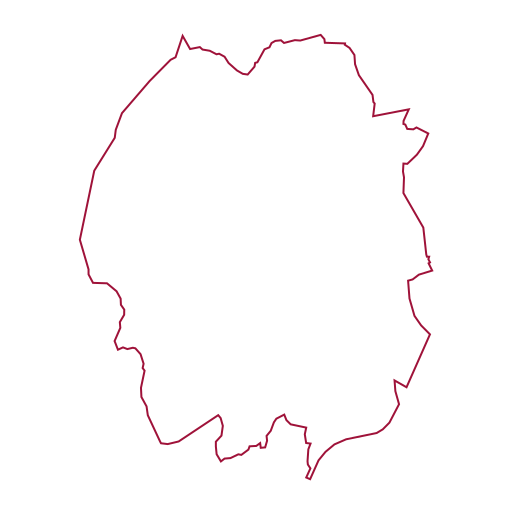 the district of Glencullen-Sandyford Lea-7, Dún Laoghaire–Rathdown, Ireland, rotated 91°
{"feature_id": "5873133B89010299854845", "entity_name": "Glencullen-Sandyford Lea-7", "entity_type": "district", "adm_level": 2, "iso_a3": "IRL", "parent_name": "Ireland", "parent_adm1": "Dún Laoghaire–Rathdown", "projection": "robinson", "projection_center": [-6.233, 53.242], "detail": "fine", "context": "isolated", "style": "outline", "palette": "rose", "viewbox_px": 512, "rotation_deg": 91, "n_neighbors": 0, "source": "geoboundaries", "source_scale": "gbopen_adm2", "svg_char_len": 1923}
<svg xmlns="http://www.w3.org/2000/svg" viewBox="0 0 512 512"><g transform="rotate(91 256 256)"><path d="M130.5,85.9L124.7,97.8L126.6,100.9L126.3,107.0L122.0,109.0L121.4,110.9L118.3,110.8L106.7,105.8L114.2,141.3L101.5,140.0L100.0,141.3L92.9,142.3L73.4,156.3L62.5,160.3L53.3,161.1L46.3,166.1L43.2,170.9L41.9,170.7L41.6,190.9L38.0,191.4L33.8,195.2L39.8,215.5L39.5,220.9L42.5,231.7L39.9,234.8L40.6,240.5L42.8,244.2L47.1,246.2L49.2,251.1L62.3,258.0L62.9,260.2L66.7,260.8L74.7,267.5L74.1,272.4L70.8,278.3L63.5,286.8L57.3,290.9L54.4,296.4L55.0,299.0L51.6,305.8L50.5,313.1L48.1,315.8L50.2,325.5L37.2,333.2L58.7,339.9L61.3,344.8L82.9,365.4L115.5,392.5L132.2,398.4L140.3,399.3L173.5,419.2L242.8,432.4L272.3,423.2L277.3,423.1L285.7,418.5L285.9,404.5L293.7,394.8L301.0,390.6L307.2,390.2L311.9,386.8L317.1,386.8L324.5,391.0L330.2,390.4L343.5,395.9L352.1,392.4L349.7,387.4L351.3,383.0L349.9,377.5L350.4,375.0L356.2,369.7L365.7,366.5L370.0,367.4L372.6,365.4L389.8,368.7L399.0,368.1L408.3,362.8L417.1,361.4L443.1,348.7L444.9,347.7L445.6,341.0L442.8,330.1L415.8,291.0L418.7,288.5L426.4,286.2L436.2,287.4L442.4,292.9L447.2,292.8L454.9,291.9L462.0,287.5L459.1,283.9L458.5,278.0L454.6,270.2L455.1,267.2L449.7,260.2L446.4,259.1L445.9,252.4L443.0,248.6L447.7,247.9L447.2,243.5L440.5,241.7L435.7,242.3L430.5,238.2L422.0,235.2L418.3,232.8L414.1,225.0L419.6,222.7L423.7,218.4L426.7,202.8L433.4,204.1L442.1,202.6L442.6,198.2L448.4,200.3L460.3,200.9L463.6,200.5L467.4,197.9L476.6,201.9L478.2,198.0L459.2,189.9L450.6,183.1L443.0,174.3L437.7,162.7L430.9,132.3L427.1,126.2L420.3,119.7L401.7,110.4L388.7,114.3L378.0,115.3L384.6,103.2L331.3,80.7L322.5,89.7L313.1,96.5L295.8,101.8L278.0,103.5L276.7,99.0L271.8,92.8L267.5,79.6L260.3,83.3L259.4,81.9L256.2,83.6L253.7,82.9L253.7,85.1L251.4,85.8L224.7,89.2L190.5,109.7L174.8,109.4L169.0,110.5L161.0,110.2L161.2,106.3L151.9,96.9L143.2,90.9L130.5,85.9Z" fill="none" stroke="#9f1239" stroke-width="2"/></g></svg>